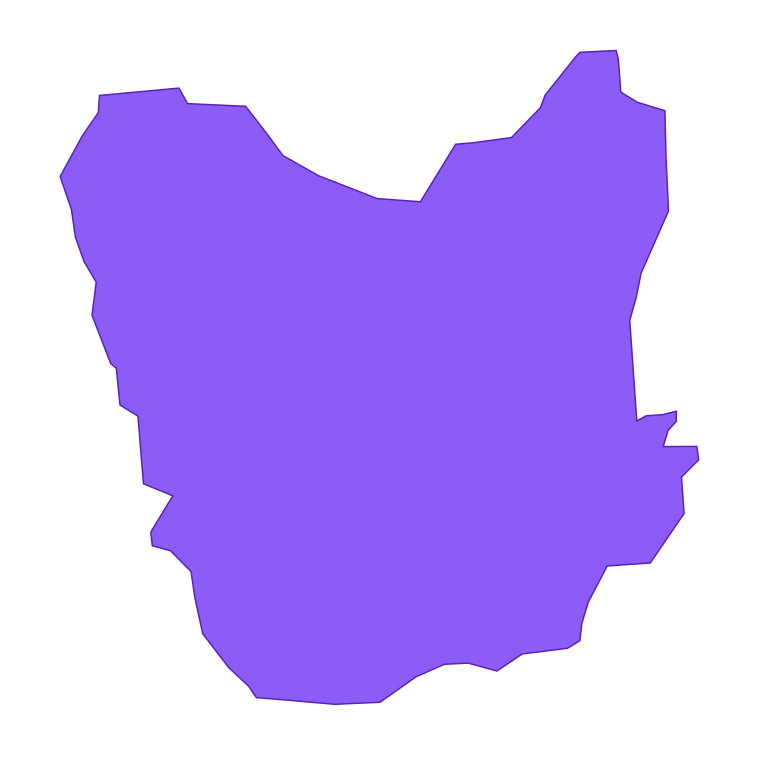 the district of Mayahi, Maradi, Niger, rotated 356°
{"feature_id": "23599985B12759501052009", "entity_name": "Mayahi", "entity_type": "district", "adm_level": 2, "iso_a3": "NER", "parent_name": "Niger", "parent_adm1": "Maradi", "projection": "natural_earth1", "projection_center": [7.671, 14.129], "detail": "fine", "context": "isolated", "style": "filled", "palette": "violet", "viewbox_px": 768, "rotation_deg": 356, "n_neighbors": 0, "source": "geoboundaries", "source_scale": "gbopen_adm2", "svg_char_len": 1069}
<svg xmlns="http://www.w3.org/2000/svg" viewBox="0 0 768 768"><g transform="rotate(356 384 384)"><path d="M257.2,691.3L312.4,700.1L357.8,701.2L395.7,678.2L424.7,667.8L448.5,668.3L476.6,678.2L503.1,662.9L548.7,660.4L561.5,653.7L564.6,636.7L572.6,615.8L594.0,581.1L637.1,581.1L674.3,534.2L674.3,497.5L692.6,481.6L691.7,468.1L658.2,465.9L664.1,450.2L672.9,441.7L673.8,431.6L659.7,434.0L643.4,434.0L633.6,438.5L633.6,337.7L641.8,314.8L648.1,291.7L661.5,266.1L679.9,231.2L681.2,176.7L683.3,131.0L656.3,120.6L640.6,109.4L640.4,75.8L638.8,67.5L602.7,66.8L597.9,71.1L564.8,107.2L559.3,119.3L528.3,147.1L488.1,149.6L472.2,149.8L433.0,204.8L390.0,198.5L333.1,171.6L299.1,149.1L285.9,128.1L265.3,97.3L207.6,90.6L200.1,74.5L120.3,76.3L117.9,93.4L100.5,115.2L75.4,154.4L84.4,188.3L86.4,216.0L93.3,240.8L104.0,262.3L97.5,295.1L112.8,344.6L118.0,349.5L119.2,386.6L136.3,398.9L137.1,466.8L165.5,480.8L141.0,515.5L141.6,529.2L159.5,535.5L178.4,557.6L180.5,584.5L185.8,620.6L209.5,656.3L227.8,676.0L234.8,688.0L257.2,691.3Z" fill="#8b5cf6" stroke="#5b21b6" stroke-width="1.5"/></g></svg>